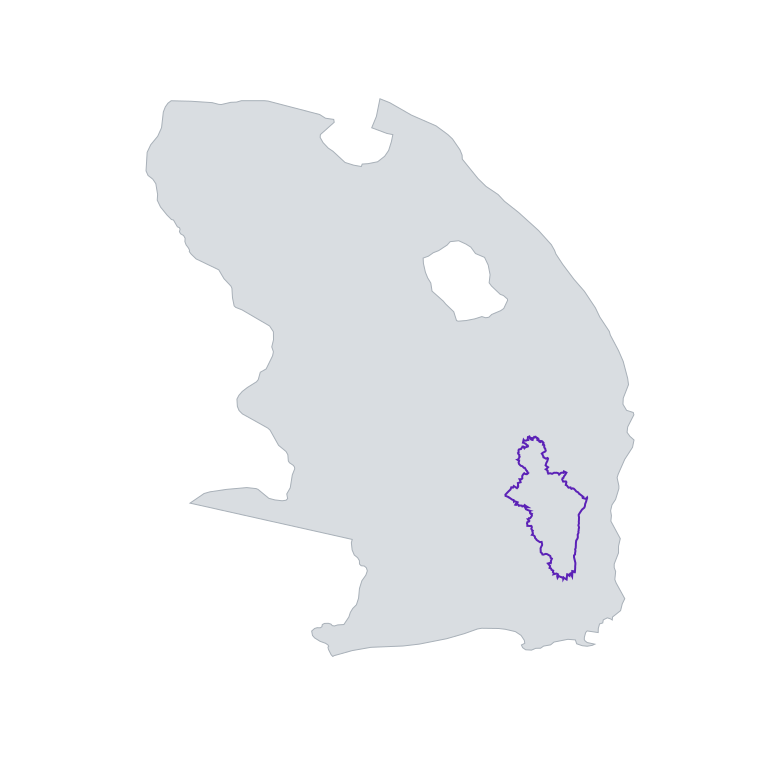 Central Karoo, Western Cape, South Africa shown in context, rotated 283°
{"feature_id": "47623444B66747201173997", "entity_name": "Central Karoo", "entity_type": "district", "adm_level": 2, "iso_a3": "ZAF", "parent_name": "South Africa", "parent_adm1": "Western Cape", "projection": "equal_earth", "projection_center": [22.176, -32.556], "detail": "fine", "context": "in_parent", "style": "outline", "palette": "violet", "viewbox_px": 768, "rotation_deg": 283, "n_neighbors": 0, "source": "geoboundaries", "source_scale": "gbopen_adm2", "svg_char_len": 9193}
<svg xmlns="http://www.w3.org/2000/svg" viewBox="0 0 768 768"><g transform="rotate(283 384 384)"><path d="M538.1,104.2L556.5,101.1L564.7,102.9L574.5,107.8L583.7,109.6L599.4,107.8L604.8,108.6L609.0,110.3L612.1,112.9L616.1,132.4L619.5,153.3L619.3,160.0L619.7,162.6L624.0,171.4L625.5,176.9L628.0,181.4L633.1,203.5L633.6,207.4L632.1,260.7L629.8,267.2L630.5,275.5L627.8,276.6L612.7,265.9L609.9,266.3L605.5,270.3L601.3,276.6L599.3,281.9L591.1,296.2L590.4,305.2L590.8,313.0L593.4,313.3L595.1,318.9L599.1,327.8L606.0,333.4L612.6,336.0L621.8,336.7L629.0,336.5L628.8,330.5L630.9,314.4L643.0,316.4L661.0,315.9L659.4,326.3L652.2,350.1L647.2,376.7L641.4,390.1L638.2,395.6L629.2,405.4L624.6,408.6L620.7,409.7L605.3,429.4L599.5,438.9L594.2,452.7L589.1,460.3L581.5,476.4L568.3,500.1L557.4,515.7L552.6,520.1L549.4,522.2L540.8,531.2L528.7,545.6L519.4,558.4L505.7,572.9L497.8,579.2L485.9,591.7L482.6,593.5L469.3,605.0L459.8,612.0L444.4,620.1L438.4,622.4L424.0,620.3L418.0,621.4L412.9,626.3L412.3,633.3L410.2,634.4L397.0,631.1L391.6,631.7L388.3,635.4L385.7,640.2L378.2,640.4L364.7,635.5L348.9,632.5L345.2,632.2L337.5,635.8L334.8,636.4L323.6,635.6L317.4,633.3L311.5,633.3L306.9,635.2L301.4,635.9L286.5,649.0L278.8,649.0L272.2,650.5L260.4,648.8L256.9,649.6L253.4,651.9L245.4,652.9L242.4,654.9L229.0,666.9L223.4,665.6L216.4,665.5L208.4,659.1L205.4,659.5L206.1,657.6L206.4,654.2L203.5,650.7L200.4,650.9L198.7,648.0L193.9,647.8L190.0,648.6L189.1,637.5L187.2,636.4L182.4,636.2L180.1,636.6L179.0,637.6L177.8,640.1L177.9,647.9L176.2,645.7L174.2,641.0L173.6,636.1L174.2,630.2L177.7,628.0L176.6,620.6L170.8,607.7L167.3,605.0L164.5,598.4L161.8,596.0L160.6,591.3L157.9,587.6L156.9,581.8L158.3,578.4L160.6,576.6L163.0,579.5L165.8,578.4L169.9,574.1L172.3,567.7L172.3,557.3L171.6,550.9L168.0,534.2L166.4,530.3L158.8,518.4L149.9,502.3L138.5,476.9L133.0,461.5L124.5,430.5L117.1,413.0L108.1,396.5L107.0,395.4L108.3,393.4L112.9,389.6L115.0,388.6L116.1,389.1L117.2,388.0L118.2,385.4L118.9,379.6L121.0,373.5L122.9,370.9L127.0,369.1L130.2,371.4L131.5,373.7L132.1,376.7L133.5,378.1L135.7,378.0L137.3,379.8L138.3,383.6L138.1,386.3L136.9,388.0L137.1,390.2L138.8,393.0L140.6,399.0L149.1,402.2L153.9,402.6L158.4,404.1L162.7,406.8L169.6,407.4L179.3,406.1L187.3,406.7L193.6,409.3L198.2,409.8L201.0,408.1L202.2,405.7L201.8,402.6L203.1,400.6L206.3,399.8L208.8,397.4L210.7,393.5L215.1,390.3L222.0,387.9L225.4,388.0L224.3,221.8L236.8,233.3L239.8,238.7L245.9,254.3L252.2,273.6L253.3,282.9L253.0,284.9L246.7,297.5L246.5,303.7L247.3,311.0L248.7,314.7L250.6,315.9L255.0,314.0L261.8,316.0L274.8,315.1L281.2,316.1L282.9,315.5L284.3,314.0L286.0,309.6L287.5,308.1L293.5,306.2L296.2,303.7L300.5,295.1L313.4,283.4L314.9,280.7L323.0,252.8L325.5,248.8L329.1,246.2L336.2,244.1L340.4,245.2L344.9,247.6L349.9,251.7L357.5,259.3L360.0,260.5L367.6,260.8L372.2,265.8L386.4,269.1L390.5,269.0L394.9,266.3L402.2,266.4L410.0,264.5L414.8,259.5L424.3,229.0L425.3,222.3L426.4,220.4L433.9,217.0L443.0,214.3L444.9,212.9L450.6,204.4L458.1,197.3L463.6,172.8L467.1,167.0L469.2,164.5L470.5,164.5L472.5,162.9L475.0,159.9L477.9,158.0L481.3,157.4L483.6,155.3L484.6,152.0L486.4,150.4L488.9,150.5L490.3,149.5L490.7,147.3L496.4,142.0L496.5,139.8L499.8,134.6L506.2,126.4L512.1,121.7L517.7,120.8L527.9,116.6L531.6,112.6L534.1,107.2L538.1,104.2ZM514.3,462.8L523.3,458.8L530.0,453.5L531.7,443.8L536.9,437.8L538.8,432.3L540.4,424.6L537.6,416.5L533.5,414.2L526.2,407.2L523.0,402.5L518.6,398.6L515.5,393.8L510.3,395.3L502.2,399.2L497.2,402.7L492.9,406.9L485.3,409.9L478.1,423.1L475.8,426.1L470.1,435.7L462.1,440.4L461.9,442.2L464.4,450.0L467.9,457.8L471.7,464.2L471.4,468.1L472.6,471.1L476.0,473.3L481.7,481.2L484.5,483.7L493.3,485.6L494.6,485.1L497.1,480.4L497.5,477.1L503.6,466.8L506.2,463.7L514.3,462.8Z" fill="#d9dde1" stroke="#a8b0b8" stroke-width="1"/><path d="M364.5,536.2L362.8,536.4L362.5,536.5L361.8,537.0L361.3,535.7L360.9,535.3L360.4,533.6L360.4,533.3L361.0,532.6L359.2,532.6L358.2,532.6L358.3,533.0L357.8,534.5L357.7,535.5L356.7,536.5L356.6,537.7L355.9,538.3L355.4,538.2L354.1,536.0L353.8,535.8L354.0,535.3L353.1,535.1L354.4,533.6L354.2,533.0L353.3,532.9L352.7,532.6L352.1,532.2L351.4,532.1L350.7,530.3L350.0,530.0L349.2,530.1L348.2,530.4L347.5,530.6L346.9,530.1L346.0,530.7L345.4,531.8L344.1,532.0L343.7,532.5L342.8,532.4L340.4,531.5L340.2,531.1L339.7,532.3L339.8,532.9L339.2,533.0L337.8,532.8L336.4,533.6L335.2,535.5L335.1,535.8L335.0,537.4L334.0,538.8L333.8,539.1L334.0,540.0L332.7,541.3L332.0,541.9L331.4,542.9L331.1,543.0L330.9,543.4L330.3,543.8L329.8,543.8L329.6,544.5L329.2,544.3L328.7,543.5L328.3,543.5L328.1,542.9L328.1,541.6L328.6,540.7L327.6,540.1L326.6,539.7L325.6,539.4L324.8,539.5L323.1,540.0L322.2,539.4L321.7,537.5L320.6,538.4L319.0,539.2L318.3,537.9L317.6,536.7L315.7,537.4L314.8,537.7L314.7,537.6L314.7,537.4L314.4,537.4L314.2,537.4L314.2,537.6L313.6,537.7L312.4,537.0L313.0,535.4L313.5,534.1L313.8,533.4L312.0,532.9L312.0,531.3L309.9,531.0L309.7,531.0L307.6,529.6L305.1,528.1L304.8,528.0L303.6,527.2L302.3,527.6L301.9,530.7L301.6,530.8L301.2,532.4L300.6,533.8L300.1,535.1L300.1,536.4L298.6,537.1L299.2,537.6L298.8,540.8L297.7,540.4L297.1,539.5L295.9,539.1L295.9,539.3L295.9,539.5L296.0,539.5L296.1,539.8L296.1,540.0L296.2,540.3L296.3,540.3L296.3,540.5L296.5,540.6L296.6,540.8L296.7,541.1L296.6,542.2L295.7,542.8L296.3,544.4L296.5,545.6L295.8,546.3L296.4,547.5L297.7,548.3L297.3,548.9L296.3,551.9L295.6,549.1L293.9,550.5L293.4,553.2L293.3,554.6L293.2,554.4L292.4,555.0L291.2,555.3L290.8,557.0L290.3,556.6L290.2,556.8L290.1,557.4L289.2,557.7L288.5,557.6L286.6,556.8L286.1,556.5L285.7,556.0L285.8,555.5L285.1,555.4L284.9,555.4L284.6,554.5L284.2,554.9L283.8,555.4L283.6,555.7L283.2,556.4L282.6,556.2L282.3,555.7L281.6,554.7L280.3,554.7L279.9,555.0L279.4,555.2L278.4,555.5L278.0,555.6L278.2,556.5L278.5,558.3L278.9,559.3L278.5,559.9L277.5,560.3L276.8,560.2L276.0,560.1L275.0,561.1L274.5,562.0L273.8,561.7L272.0,562.7L270.3,562.1L270.4,563.2L269.7,564.8L269.3,565.3L268.0,565.8L266.9,567.4L266.6,567.6L266.4,567.8L265.0,571.4L265.6,573.1L264.1,573.8L263.5,574.1L262.4,574.3L261.6,574.0L259.2,573.5L255.3,574.6L254.6,576.0L253.5,576.7L253.6,577.7L254.1,578.5L254.9,579.9L254.9,581.3L253.8,584.7L252.1,585.5L251.6,586.9L249.0,586.4L248.0,586.8L247.0,586.8L247.1,586.1L246.0,584.1L244.0,586.8L242.0,586.7L241.9,588.1L241.7,588.4L240.6,589.0L240.4,590.2L240.2,590.9L239.3,590.9L238.6,590.9L237.6,592.3L236.8,592.1L238.1,594.6L238.0,595.2L237.7,596.3L235.9,595.9L234.3,596.7L234.9,596.9L236.2,597.5L235.9,598.7L235.7,599.6L235.8,600.0L235.5,600.8L236.0,602.0L234.4,602.5L235.6,602.8L235.1,604.4L234.6,605.9L235.9,605.8L236.8,605.6L239.8,605.3L239.8,606.0L239.4,606.5L239.1,606.5L239.2,607.0L238.8,607.9L240.6,607.8L241.2,608.3L241.4,608.3L241.8,608.9L241.6,609.1L240.4,609.3L238.8,610.6L240.7,610.3L244.1,609.5L244.2,611.1L243.4,611.7L243.5,612.3L245.8,612.0L246.2,611.9L248.1,611.6L249.3,611.3L251.5,611.0L252.8,610.7L258.0,608.1L259.7,607.7L260.9,608.5L262.2,608.2L264.3,608.1L265.1,607.8L266.0,607.4L267.3,607.7L268.9,607.4L269.2,607.4L270.5,607.1L272.6,606.7L274.8,606.5L276.6,607.2L277.1,607.2L277.7,607.4L278.7,607.2L279.6,607.0L280.6,606.6L282.9,607.0L283.8,606.6L285.1,606.6L286.6,606.3L287.7,606.4L288.7,606.0L290.1,605.2L292.1,605.3L293.5,604.8L295.0,604.6L296.9,604.2L298.1,604.0L299.3,603.4L300.4,603.1L302.8,603.9L306.2,605.2L308.6,607.0L310.3,607.2L312.4,607.0L315.1,607.4L316.8,607.4L318.7,607.6L319.1,607.4L317.5,606.5L317.5,605.9L317.6,603.5L318.7,603.6L318.7,602.8L319.3,602.7L320.5,600.0L320.7,599.3L320.8,599.3L320.9,598.9L321.3,598.5L321.7,598.0L322.1,597.5L322.6,595.5L323.7,594.1L324.7,592.5L324.8,591.3L324.0,590.3L324.1,589.9L325.2,589.0L324.5,587.1L326.3,584.9L326.5,583.8L329.4,583.8L330.0,583.1L329.2,580.5L331.1,579.1L332.4,579.2L332.8,579.9L334.5,580.1L336.3,581.0L338.7,581.7L339.3,579.0L337.8,579.0L337.8,578.6L337.8,577.7L337.3,576.6L337.2,576.4L335.1,575.0L335.8,574.4L336.2,574.1L336.4,572.3L336.0,570.9L335.8,569.7L334.3,568.0L334.4,566.5L334.4,565.9L333.6,564.2L335.3,563.1L335.7,563.2L336.4,562.9L336.5,562.6L336.7,562.3L337.3,560.9L337.8,561.5L338.4,561.8L339.1,562.2L339.8,562.6L340.1,561.7L340.3,561.1L341.1,559.7L342.9,559.9L343.6,559.9L344.6,560.2L345.8,560.5L348.2,560.6L348.7,560.0L348.0,558.9L347.7,558.6L348.1,557.1L348.3,556.5L348.4,555.9L349.1,555.8L349.7,555.1L350.3,554.7L351.0,554.3L351.6,553.4L352.6,554.0L354.0,555.7L354.4,556.2L354.7,556.4L354.8,556.4L355.4,556.6L355.5,556.6L356.5,555.9L357.2,555.7L357.5,555.4L357.7,555.0L358.0,554.6L358.8,554.2L360.3,554.0L360.8,553.5L360.7,553.2L360.6,552.5L361.6,552.5L362.2,552.7L362.6,552.7L363.0,552.1L362.7,552.0L363.2,551.4L363.6,551.3L363.8,550.9L363.8,549.8L363.0,549.2L362.6,550.4L362.6,549.5L362.6,549.3L362.7,548.6L362.8,548.5L363.0,548.5L363.0,548.2L363.4,548.0L363.8,548.2L364.0,547.8L363.6,547.3L363.8,546.7L364.0,546.0L365.1,546.4L365.1,546.1L365.6,546.0L365.6,545.9L365.8,545.7L365.6,545.5L365.4,545.4L366.7,543.6L366.4,543.2L366.2,542.9L366.0,543.0L365.6,542.6L365.7,542.3L365.9,542.1L365.7,542.0L364.8,541.2L364.6,541.1L364.2,541.0L364.0,541.4L363.3,541.4L362.9,541.4L362.9,540.5L363.0,540.5L363.5,538.8L364.2,539.0L364.5,539.1L364.5,537.7L365.4,537.6L365.4,537.4L365.5,537.3L364.5,536.6L364.5,536.2Z" fill="none" stroke="#5b21b6" stroke-width="2"/></g></svg>